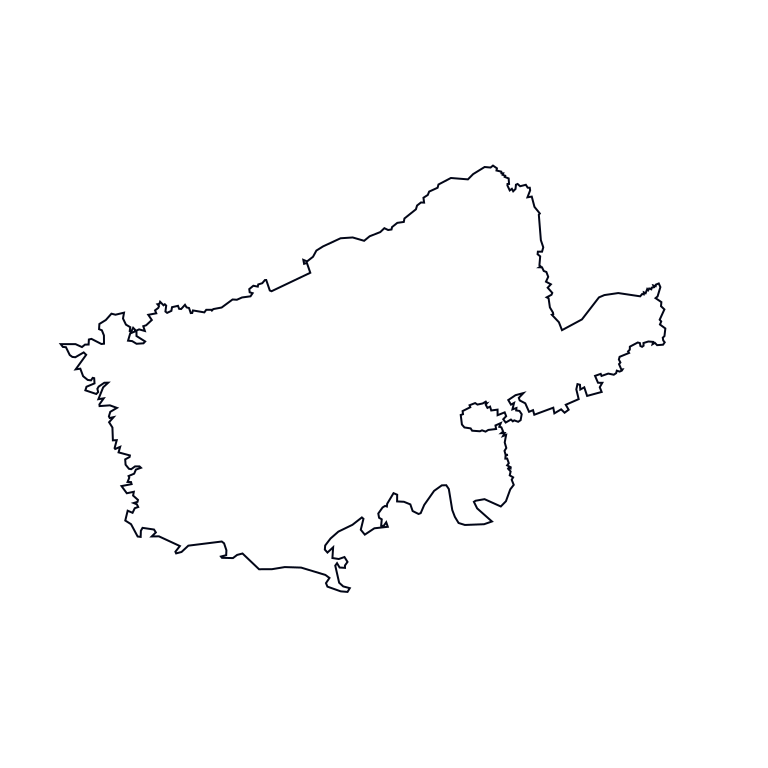 the district of Habiganj, Sylhet, Bangladesh, rotated 246°
{"feature_id": "16705992B7772300815487", "entity_name": "Habiganj", "entity_type": "district", "adm_level": 2, "iso_a3": "BGD", "parent_name": "Bangladesh", "parent_adm1": "Sylhet", "projection": "natural_earth1", "projection_center": [91.398, 24.335], "detail": "fine", "context": "isolated", "style": "outline", "palette": "ink", "viewbox_px": 768, "rotation_deg": 246, "n_neighbors": 0, "source": "geoboundaries", "source_scale": "gbopen_adm2", "svg_char_len": 6161}
<svg xmlns="http://www.w3.org/2000/svg" viewBox="0 0 768 768"><g transform="rotate(246 384 384)"><path d="M310.2,656.8L312.9,657.5L313.7,659.7L320.3,663.6L326.1,660.3L328.4,662.7L330.6,662.0L338.1,670.5L342.4,668.7L346.0,670.7L352.0,667.0L352.7,669.5L360.1,675.9L364.1,675.9L364.2,672.9L362.9,672.0L364.5,670.1L362.6,670.0L363.1,667.7L361.8,666.7L363.4,665.1L362.2,663.5L363.7,663.1L360.5,659.9L362.1,658.6L360.2,657.8L361.2,656.4L359.9,653.7L371.8,635.0L375.6,621.5L375.7,615.6L362.5,591.1L360.8,568.5L369.3,568.9L379.0,565.5L378.9,567.0L380.5,567.4L386.5,566.7L395.3,569.2L397.0,567.9L397.4,573.3L398.8,574.8L405.4,572.7L407.2,577.0L411.6,573.6L415.1,577.6L420.3,577.9L422.3,575.9L426.3,575.8L427.5,573.3L427.8,574.9L429.3,574.3L437.1,578.6L440.1,577.1L442.3,578.4L440.6,582.2L444.1,585.1L451.6,585.8L475.7,594.3L476.4,595.7L484.6,593.5L495.1,595.2L496.2,591.0L501.5,596.3L504.0,597.0L504.9,595.1L508.3,594.6L509.3,588.8L512.4,587.4L512.4,585.6L508.7,583.5L507.5,580.4L510.3,580.2L509.7,577.6L515.2,577.5L516.5,578.2L515.9,579.6L521.1,581.5L524.1,578.5L525.0,579.4L526.9,577.4L528.0,578.6L528.8,577.0L530.3,577.5L533.3,573.6L535.1,574.9L539.2,572.4L538.4,569.4L541.3,564.2L539.5,550.8L536.8,543.9L545.0,528.9L544.1,514.9L541.5,512.8L541.4,503.5L538.9,500.9L538.1,495.8L533.4,494.4L534.8,491.6L533.6,486.8L530.6,484.2L526.9,470.0L524.0,468.0L525.8,461.7L524.1,455.2L522.1,453.7L523.0,450.4L526.2,447.7L524.3,442.4L524.8,431.0L522.9,424.1L530.6,415.0L534.8,403.6L534.5,384.3L533.4,376.5L529.1,370.9L527.3,363.6L530.2,360.8L526.3,359.9L526.0,362.8L515.6,361.9L514.5,319.0L515.9,317.7L526.9,318.7L527.4,317.5L525.6,313.8L526.1,309.6L524.3,308.3L526.9,304.6L525.5,299.5L522.4,298.6L520.4,300.9L518.4,297.7L520.8,289.5L520.8,283.9L522.8,280.0L519.9,266.8L521.8,258.8L521.7,257.0L520.3,256.8L522.1,256.3L524.1,251.8L522.5,249.0L528.9,239.4L526.9,237.7L527.4,236.3L532.7,236.8L534.3,234.8L537.3,234.4L535.0,229.2L536.0,227.4L539.2,227.6L540.4,221.6L537.3,219.5L537.2,214.8L539.1,213.8L544.2,216.9L546.0,216.2L545.6,214.6L550.2,212.9L548.6,211.4L549.0,209.5L546.7,210.2L545.3,208.7L544.4,204.8L541.2,204.7L543.1,196.8L536.9,197.9L534.4,190.6L534.7,187.6L529.7,187.1L533.5,182.5L533.5,179.6L528.5,177.4L520.0,183.1L519.0,180.8L521.4,174.3L525.6,171.4L527.7,167.8L533.4,172.7L533.3,177.6L534.7,178.7L537.4,177.7L534.5,174.2L535.7,173.2L539.1,175.3L543.2,172.4L550.0,172.2L554.9,175.5L556.5,166.9L559.1,163.6L555.6,155.9L554.6,148.4L550.0,146.0L547.8,148.1L542.3,147.9L534.7,144.6L535.5,142.1L544.2,135.1L544.7,132.5L540.2,130.2L541.6,126.9L540.6,123.1L545.9,118.4L551.9,104.9L548.5,105.7L547.0,108.4L538.3,108.7L535.5,110.3L534.0,112.9L535.0,122.5L531.8,123.8L522.8,108.3L521.5,112.8L513.5,112.3L508.2,115.0L506.5,117.8L508.1,120.4L507.2,121.6L502.3,119.8L502.5,111.1L499.7,108.6L491.9,117.1L492.9,119.6L496.2,120.2L497.7,122.3L498.9,129.0L497.4,132.6L495.2,126.1L486.3,116.9L484.9,122.1L481.1,115.7L479.5,115.2L476.0,124.9L470.8,130.3L469.9,122.6L466.3,119.5L464.5,119.6L463.7,123.5L460.9,117.3L454.7,118.2L442.8,113.4L441.4,117.0L435.0,111.8L434.0,112.0L433.9,117.4L429.5,113.7L422.1,122.8L420.8,121.9L420.4,116.9L415.4,115.1L410.3,116.5L409.0,118.4L410.0,123.1L408.2,127.1L406.3,127.9L406.7,122.5L403.7,119.3L403.8,113.2L402.0,113.2L398.8,109.9L397.3,113.0L395.2,112.7L397.5,102.7L388.8,104.6L387.3,111.6L384.1,109.4L378.2,112.1L376.6,110.9L377.1,106.9L374.6,109.3L371.6,109.4L371.9,105.8L368.6,101.9L372.5,98.3L364.5,92.1L358.8,95.9L344.9,96.9L343.3,99.5L348.8,102.2L350.8,104.9L344.6,114.7L341.2,115.2L339.2,109.8L336.4,116.4L319.0,131.6L315.6,125.2L313.8,125.2L312.9,130.7L315.9,139.5L306.1,171.7L303.5,173.1L296.2,172.4L291.8,170.2L292.7,164.9L291.1,165.3L286.4,175.2L287.6,180.3L286.7,185.8L265.6,194.5L260.4,206.3L257.1,218.9L250.0,233.6L233.4,252.8L229.0,255.3L225.7,250.0L221.9,249.9L212.2,260.1L208.9,266.1L211.4,269.7L215.7,264.4L220.7,262.2L237.9,265.6L239.4,268.2L234.4,268.8L231.9,273.6L234.1,274.5L236.3,278.3L242.0,277.5L242.5,271.5L246.0,266.1L255.5,271.1L253.0,263.8L256.8,262.6L260.4,264.6L264.6,272.3L267.7,282.3L268.2,297.9L271.1,309.5L269.2,310.4L260.3,303.5L254.2,305.2L256.1,316.5L252.0,329.4L256.8,329.8L254.4,325.8L255.8,323.8L261.3,326.9L263.8,325.1L268.0,326.1L271.8,332.5L272.2,335.4L270.9,336.8L273.3,338.2L280.4,348.3L277.5,351.0L271.4,348.2L268.3,354.3L263.3,359.1L256.3,358.5L251.2,362.7L251.1,365.0L257.2,371.6L266.0,386.3L267.9,395.6L266.2,399.7L261.7,400.5L241.1,395.1L233.8,394.7L226.7,395.6L222.3,400.6L215.2,418.4L214.5,426.7L232.5,418.5L239.8,418.2L240.1,420.2L237.9,429.0L224.6,440.9L227.3,447.7L236.4,456.5L239.1,461.5L244.6,461.7L246.2,464.0L249.4,461.7L252.6,464.1L256.2,462.9L256.8,463.9L255.4,465.3L256.4,465.9L259.6,463.4L260.9,465.8L265.8,466.2L266.5,464.5L269.1,465.9L268.9,468.3L270.1,466.3L273.9,466.9L275.8,469.7L281.5,470.5L287.9,474.9L288.1,471.6L290.1,474.3L291.4,471.1L292.1,473.5L296.7,473.6L298.0,471.9L300.8,474.8L300.8,469.0L297.3,468.1L299.6,460.6L299.2,457.4L301.8,454.7L301.8,452.4L305.5,445.5L308.2,445.1L311.6,439.8L315.3,438.7L324.5,441.5L324.3,443.9L327.3,444.8L327.7,453.4L329.8,453.5L329.5,459.5L327.2,461.0L326.1,466.2L326.5,469.8L325.0,470.0L324.4,468.2L324.3,469.7L323.7,468.5L320.1,468.8L320.2,471.7L316.2,471.2L314.4,477.3L309.3,475.1L309.0,482.7L304.9,482.5L303.3,478.6L299.3,479.5L299.9,485.5L297.5,486.5L297.8,488.2L294.9,491.2L295.4,494.1L300.4,497.5L304.3,496.8L306.1,494.0L308.2,495.2L308.6,491.0L313.8,495.1L313.5,491.6L318.8,491.0L320.3,499.6L319.0,507.7L316.5,501.5L313.8,501.3L308.9,505.2L299.6,505.2L299.5,509.5L294.8,508.8L293.5,529.0L287.9,527.7L288.8,535.5L284.3,537.3L285.4,542.2L291.1,541.6L291.0,555.7L300.9,557.5L305.2,560.7L303.6,562.7L299.1,561.1L299.5,565.6L290.5,564.7L288.2,579.6L293.3,579.8L296.3,583.9L298.1,580.0L305.6,580.1L305.1,586.1L302.9,586.0L302.3,593.1L299.0,597.7L299.5,600.5L301.5,602.1L299.5,604.3L299.5,606.7L300.3,607.9L300.7,606.7L306.6,606.8L307.5,608.7L310.8,608.5L313.0,610.3L312.7,620.5L314.5,620.2L315.4,622.5L318.1,623.8L318.7,632.7L317.3,634.4L314.4,633.7L313.0,634.9L313.4,636.7L315.9,637.7L315.3,642.8L313.0,647.0L311.1,645.5L311.4,648.2L308.4,649.3L306.4,654.9L307.9,657.4L310.2,656.8Z" fill="none" stroke="#020617" stroke-width="2"/></g></svg>